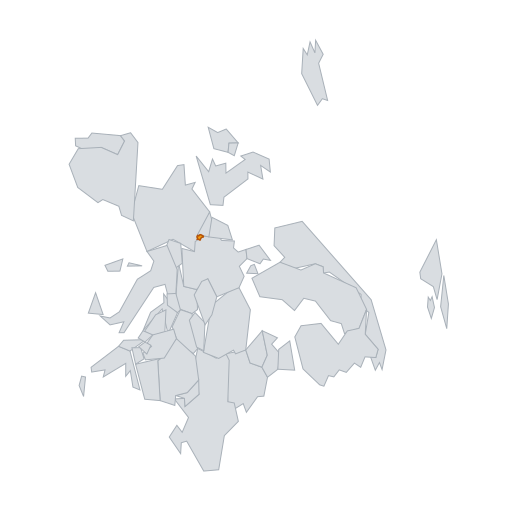 Luxembourg highlighted on a map of Europe, rotated 85°
{"feature_id": "LUX", "entity_name": "Luxembourg", "entity_type": "country or territory", "adm_level": 0, "iso_a3": "LUX", "parent_name": "Europe", "parent_adm1": "", "projection": "natural_earth1", "projection_center": [6.062, 49.806], "detail": "fine", "context": "in_parent", "style": "filled", "palette": "amber", "viewbox_px": 512, "rotation_deg": 85, "n_neighbors": 37, "source": "natural_earth", "source_scale": "50m", "svg_char_len": 8050}
<svg xmlns="http://www.w3.org/2000/svg" viewBox="0 0 512 512"><g transform="rotate(85 256 256)"><path d="M255.5,74.9L290.0,72.3L315.2,79.4L302.0,82.0L293.0,93.9L286.4,94.2L255.5,74.9ZM380.2,147.1L366.0,150.8L367.6,145.5L359.6,142.5L343.5,154.0L322.1,148.5L314.7,155.9L303.4,154.7L278.4,184.3L278.8,190.2L272.6,190.1L268.9,197.6L272.1,222.1L264.3,232.6L259.8,227.5L247.3,237.1L229.7,234.8L225.5,207.0L309.6,145.1L360.9,134.7L380.1,140.3L372.9,142.3L380.2,147.1ZM345.0,72.3L322.6,76.5L291.8,70.6L320.6,68.5L345.0,72.3ZM333.5,86.8L321.8,89.6L312.0,88.0L315.5,86.2L311.9,84.1L322.9,82.7L333.5,86.8Z" fill="#d9dde1" stroke="#a8b0b8" stroke-width="1"/><path d="M208.1,298.3L246.3,316.9L232.1,337.2L242.0,364.2L202.0,376.3L175.7,366.6L181.4,343.5L159.1,326.3L158.7,319.8L179.2,320.2L177.4,310.2L183.7,314.0L208.1,298.3ZM251.7,383.1L255.9,370.3L254.9,385.0L251.7,383.1Z" fill="#d9dde1" stroke="#a8b0b8" stroke-width="1"/><path d="M264.3,232.6L273.9,212.5L268.9,197.6L272.6,190.1L278.8,190.2L296.4,159.0L318.8,150.5L337.0,159.6L341.0,174.6L330.8,176.9L326.9,187.3L306.1,200.7L302.3,212.1L313.7,222.4L301.8,233.7L296.9,255.7L277.8,262.0L264.3,232.6Z" fill="#d9dde1" stroke="#a8b0b8" stroke-width="1"/><path d="M377.8,255.1L396.3,260.4L396.3,266.7L410.9,279.2L401.9,281.6L406.2,290.0L398.7,296.8L350.7,294.5L348.7,274.4L362.1,271.2L367.3,259.8L377.8,255.1Z" fill="#d9dde1" stroke="#a8b0b8" stroke-width="1"/><path d="M435.5,346.7L446.3,348.3L428.8,358.2L417.8,349.6L425.2,344.9L411.0,337.3L391.3,349.8L391.6,339.7L399.7,339.8L388.8,324.8L362.7,328.2L343.0,322.1L354.3,304.6L350.7,294.5L357.5,291.8L398.7,296.8L400.5,290.5L419.2,288.0L432.2,303.2L465.7,311.8L465.7,326.8L434.4,341.2L435.5,346.7Z" fill="#d9dde1" stroke="#a8b0b8" stroke-width="1"/><path d="M348.7,274.4L351.7,284.9L347.8,286.6L354.8,302.1L347.4,316.8L301.3,304.6L286.1,282.4L286.1,275.7L309.0,266.3L348.7,274.4Z" fill="#d9dde1" stroke="#a8b0b8" stroke-width="1"/><path d="M307.8,324.8L301.7,337.5L292.1,339.8L256.0,333.8L280.0,330.6L284.2,318.1L304.2,318.9L307.8,324.8Z" fill="#d9dde1" stroke="#a8b0b8" stroke-width="1"/><path d="M343.0,322.1L347.7,326.9L336.9,340.8L319.2,345.7L302.9,336.0L307.8,324.8L343.0,322.1Z" fill="#d9dde1" stroke="#a8b0b8" stroke-width="1"/><path d="M374.5,323.9L388.8,324.8L399.7,339.8L391.6,339.7L388.0,348.2L386.1,336.4L374.5,323.9Z" fill="#d9dde1" stroke="#a8b0b8" stroke-width="1"/><path d="M388.0,348.2L397.8,349.9L391.7,364.1L351.8,363.0L331.4,342.5L350.5,325.0L374.5,323.9L386.1,336.4L388.0,348.2Z" fill="#d9dde1" stroke="#a8b0b8" stroke-width="1"/><path d="M367.3,259.8L362.1,271.2L348.7,274.4L331.0,256.3L355.8,253.4L367.3,259.8Z" fill="#d9dde1" stroke="#a8b0b8" stroke-width="1"/><path d="M370.7,244.1L377.8,255.1L367.3,259.8L355.8,253.4L331.0,256.3L339.4,241.8L345.2,248.1L356.4,240.0L370.7,244.1Z" fill="#d9dde1" stroke="#a8b0b8" stroke-width="1"/><path d="M373.1,227.4L370.7,244.1L351.0,241.5L343.5,229.8L373.1,227.4Z" fill="#d9dde1" stroke="#a8b0b8" stroke-width="1"/><path d="M286.1,275.7L293.2,298.6L274.5,306.0L284.2,318.1L280.0,330.6L242.0,329.2L246.3,316.9L236.3,315.3L232.1,307.2L231.7,292.2L237.5,288.9L239.2,276.2L246.0,277.7L250.5,273.4L248.6,265.4L257.8,265.2L264.8,273.5L275.2,269.6L286.1,275.7Z" fill="#d9dde1" stroke="#a8b0b8" stroke-width="1"/><path d="M349.6,359.3L351.8,363.0L391.7,364.1L389.0,379.3L353.3,385.4L349.6,359.3Z" fill="#d9dde1" stroke="#a8b0b8" stroke-width="1"/><path d="M380.9,440.0L369.6,443.5L360.5,440.2L361.7,436.4L380.9,440.0ZM339.7,389.8L379.3,383.3L375.9,390.0L359.2,391.2L364.5,396.3L351.6,395.1L363.2,418.7L356.3,416.3L357.3,429.8L352.5,430.0L334.0,400.8L339.7,389.8Z" fill="#d9dde1" stroke="#a8b0b8" stroke-width="1"/><path d="M339.7,389.8L334.0,400.8L328.4,395.2L329.7,373.2L339.7,389.8Z" fill="#d9dde1" stroke="#a8b0b8" stroke-width="1"/><path d="M305.6,339.1L326.0,350.4L300.5,354.1L320.6,375.1L302.9,365.9L294.5,351.8L285.7,351.3L305.6,339.1Z" fill="#d9dde1" stroke="#a8b0b8" stroke-width="1"/><path d="M256.8,330.1L262.3,339.3L240.7,345.6L232.0,341.2L236.9,329.9L256.8,330.1Z" fill="#d9dde1" stroke="#a8b0b8" stroke-width="1"/><path d="M232.9,301.3L229.6,312.4L208.1,298.3L224.8,295.4L232.9,301.3Z" fill="#d9dde1" stroke="#a8b0b8" stroke-width="1"/><path d="M237.9,278.1L232.9,301.3L213.6,296.5L223.1,281.4L237.9,278.1Z" fill="#d9dde1" stroke="#a8b0b8" stroke-width="1"/><path d="M124.3,380.5L130.0,376.9L143.0,385.0L134.3,400.8L137.0,414.8L130.5,426.1L122.9,425.8L124.0,413.1L119.2,408.8L124.3,380.5Z" fill="#d9dde1" stroke="#a8b0b8" stroke-width="1"/><path d="M133.6,423.7L134.3,400.8L143.0,385.0L130.0,376.9L124.3,380.5L122.3,370.2L132.7,363.7L210.3,375.1L203.8,386.4L194.5,388.3L186.4,403.7L189.1,408.8L172.2,427.6L148.3,434.2L133.6,423.7Z" fill="#d9dde1" stroke="#a8b0b8" stroke-width="1"/><path d="M150.3,274.8L145.4,288.6L123.6,292.4L129.7,283.4L126.9,274.6L141.8,263.9L141.2,273.1L150.3,274.8Z" fill="#d9dde1" stroke="#a8b0b8" stroke-width="1"/><path d="M262.8,335.7L286.3,339.1L287.5,347.2L276.3,349.1L278.4,360.6L320.9,394.2L320.5,399.1L310.0,393.4L311.9,407.4L302.2,416.4L305.0,406.8L299.7,397.0L268.8,376.2L261.5,362.2L252.2,358.2L242.0,364.2L237.7,343.7L262.8,335.7ZM278.6,419.0L301.0,413.4L298.3,428.0L278.6,419.0ZM247.3,388.9L259.2,392.9L258.3,404.9L252.1,407.3L247.3,388.9Z" fill="#d9dde1" stroke="#a8b0b8" stroke-width="1"/><path d="M257.8,265.2L248.6,265.4L245.5,252.0L261.6,242.0L259.7,249.0L264.1,252.7L257.8,265.2ZM273.8,255.6L272.3,266.8L265.2,262.0L264.2,258.4L273.8,255.6Z" fill="#d9dde1" stroke="#a8b0b8" stroke-width="1"/><path d="M150.3,274.8L141.2,273.1L141.8,263.9L154.2,268.9L150.3,274.8ZM170.8,278.7L158.9,258.4L155.1,262.4L152.2,249.9L160.6,234.5L173.6,234.4L166.2,243.5L180.0,242.4L171.7,256.8L178.5,257.3L194.6,282.8L202.7,284.5L200.9,297.0L151.2,306.9L167.9,295.8L155.6,290.9L162.8,288.3L160.9,278.0L170.8,278.7Z" fill="#d9dde1" stroke="#a8b0b8" stroke-width="1"/><path d="M107.3,171.1L105.1,176.2L111.3,181.6L78.3,194.6L53.4,190.9L60.1,187.4L47.4,183.5L58.8,179.6L46.3,177.8L60.9,171.5L69.4,176.8L107.3,171.1Z" fill="#d9dde1" stroke="#a8b0b8" stroke-width="1"/><path d="M286.3,339.1L302.9,336.0L305.6,339.1L297.3,348.5L286.0,348.0L286.3,339.1Z" fill="#d9dde1" stroke="#a8b0b8" stroke-width="1"/><path d="M367.6,145.5L366.0,156.2L376.0,161.4L371.3,167.3L379.8,176.2L376.7,183.0L383.2,189.0L381.5,194.2L391.6,199.7L389.9,203.8L372.6,219.0L340.0,224.4L329.4,217.2L328.8,197.1L351.1,181.7L338.6,171.6L337.0,159.6L318.8,150.5L343.5,154.0L359.6,142.5L367.6,145.5Z" fill="#d9dde1" stroke="#a8b0b8" stroke-width="1"/><path d="M345.8,316.3L341.6,323.1L314.1,328.0L307.0,321.7L318.1,312.7L345.8,316.3Z" fill="#d9dde1" stroke="#a8b0b8" stroke-width="1"/><path d="M293.2,298.6L310.8,305.1L320.1,312.7L289.4,321.0L276.6,312.3L274.5,306.0L293.2,298.6Z" fill="#d9dde1" stroke="#a8b0b8" stroke-width="1"/><path d="M321.3,373.6L305.8,361.1L301.8,350.4L326.0,353.7L327.2,365.3L321.3,373.6Z" fill="#d9dde1" stroke="#a8b0b8" stroke-width="1"/><path d="M348.7,376.5L353.3,385.4L336.6,387.6L337.3,378.9L348.7,376.5Z" fill="#d9dde1" stroke="#a8b0b8" stroke-width="1"/><path d="M321.7,344.4L331.4,342.5L349.7,356.3L349.8,375.2L343.0,377.2L337.0,368.0L333.3,372.1L325.6,365.7L321.7,344.4Z" fill="#d9dde1" stroke="#a8b0b8" stroke-width="1"/><path d="M332.1,374.1L327.4,380.5L320.6,375.1L325.6,365.7L332.1,374.1Z" fill="#d9dde1" stroke="#a8b0b8" stroke-width="1"/><path d="M336.1,380.7L332.1,374.1L335.8,368.5L344.2,373.3L336.1,380.7Z" fill="#d9dde1" stroke="#a8b0b8" stroke-width="1"/><path d="M232.6,307.2L232.5,307.5L232.6,308.0L232.8,308.5L233.2,309.0L233.6,309.4L234.0,309.7L234.8,310.0L235.1,310.1L235.2,310.4L235.1,310.8L234.9,311.1L234.6,311.4L234.4,311.8L234.2,312.6L234.2,313.1L233.7,312.9L233.5,312.7L233.0,312.7L232.6,312.8L232.3,313.1L231.9,313.2L231.5,313.1L231.3,312.9L231.1,312.8L230.6,312.6L230.4,312.3L230.5,312.2L230.8,311.7L231.0,311.4L230.5,310.6L230.3,310.4L229.9,310.0L229.9,309.7L230.0,309.5L230.0,309.4L230.0,309.0L230.4,308.6L230.6,308.2L230.9,307.6L231.6,306.8L232.2,306.9L232.4,306.9L232.6,307.2L232.6,307.2Z" fill="#f59e0b" stroke="#b45309" stroke-width="1.5"/></g></svg>